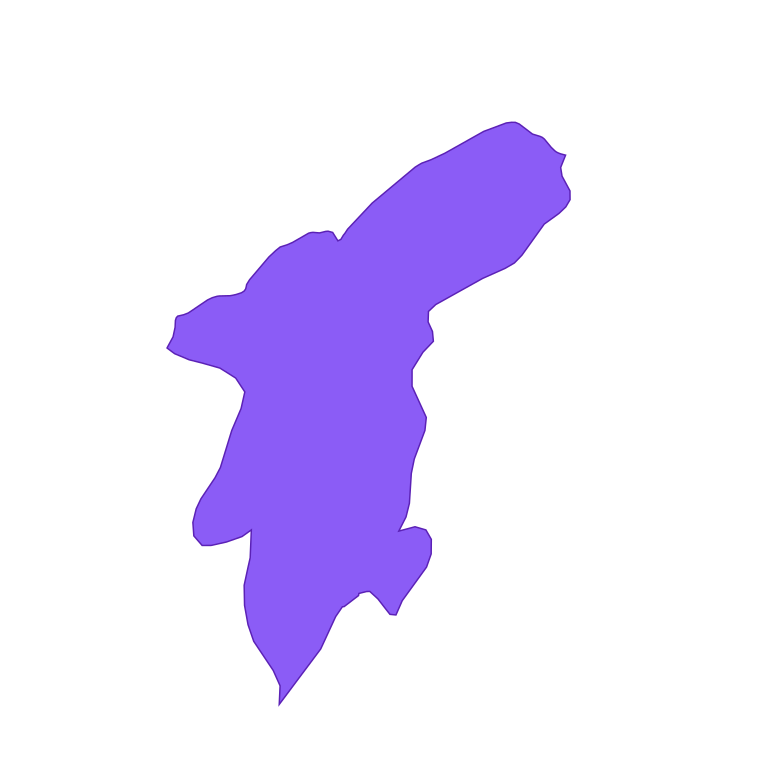 outline of Svay Rieng, rotated 50°
{"feature_id": "KHM-1801", "entity_name": "Svay Rieng", "entity_type": "Province", "adm_level": 1, "iso_a3": "KHM", "parent_name": "Cambodia", "parent_adm1": "", "projection": "robinson", "projection_center": [105.82, 11.175], "detail": "fine", "context": "isolated", "style": "filled", "palette": "violet", "viewbox_px": 768, "rotation_deg": 50, "n_neighbors": 0, "source": "natural_earth", "source_scale": "10m", "svg_char_len": 1776}
<svg xmlns="http://www.w3.org/2000/svg" viewBox="0 0 768 768"><g transform="rotate(50 384 384)"><path d="M325.4,97.8L331.7,109.5L339.2,114.0L355.6,117.4L362.4,123.0L365.2,130.9L365.8,140.3L364.5,158.5L374.0,195.6L375.1,206.3L373.3,216.7L366.5,240.6L356.4,293.3L357.0,303.3L364.8,310.3L374.9,313.1L383.0,318.7L384.7,333.8L391.1,353.3L403.8,364.0L436.8,373.1L445.9,382.5L460.9,409.0L470.1,420.6L491.7,441.2L500.0,452.6L506.2,467.2L513.3,452.0L522.7,445.7L533.4,447.6L544.5,457.1L551.6,469.1L561.7,509.3L568.6,523.3L564.3,527.5L557.8,527.3L544.7,526.8L533.8,528.2L531.8,530.7L528.3,537.9L529.7,539.5L528.9,557.6L527.9,559.1L531.1,570.5L546.3,602.8L562.1,670.2L548.4,657.6L532.3,653.0L497.4,649.2L481.0,642.9L463.9,633.1L448.3,620.5L436.8,605.7L431.1,598.2L410.5,579.4L409.6,590.8L403.8,606.2L396.6,620.1L390.8,627.1L378.1,627.3L367.2,619.4L358.9,608.1L354.3,598.1L347.2,573.7L342.8,563.0L321.8,530.6L310.9,509.2L300.6,495.7L284.1,493.8L266.3,499.5L252.0,509.2L251.8,509.3L240.2,517.7L226.2,524.9L217.0,527.1L216.9,527.0L212.3,515.3L206.3,507.6L201.2,502.9L199.7,500.5L199.4,498.4L202.2,492.9L203.8,488.2L206.2,465.1L207.5,460.1L209.5,455.5L210.7,453.6L217.4,445.2L218.8,442.8L220.4,439.7L222.5,434.5L222.9,431.3L222.2,428.8L220.9,427.0L219.5,425.3L217.7,419.9L212.7,390.5L212.2,381.4L212.3,375.5L215.1,368.7L216.8,362.9L220.0,344.8L221.0,342.7L222.2,340.9L226.8,336.3L229.6,330.6L231.0,328.6L234.9,325.9L244.7,327.3L245.5,324.1L243.9,319.5L243.5,317.3L242.0,312.3L237.8,276.7L237.9,220.7L238.5,216.5L239.1,213.1L242.3,204.2L246.3,189.2L254.6,145.2L262.6,122.6L265.5,118.1L268.0,115.2L271.7,113.3L288.0,109.6L294.6,105.3L296.9,104.2L299.5,103.7L310.0,103.8L315.0,103.3L317.2,102.8L319.4,101.8L321.3,100.7L325.4,97.8Z" fill="#8b5cf6" stroke="#5b21b6" stroke-width="1.5"/></g></svg>